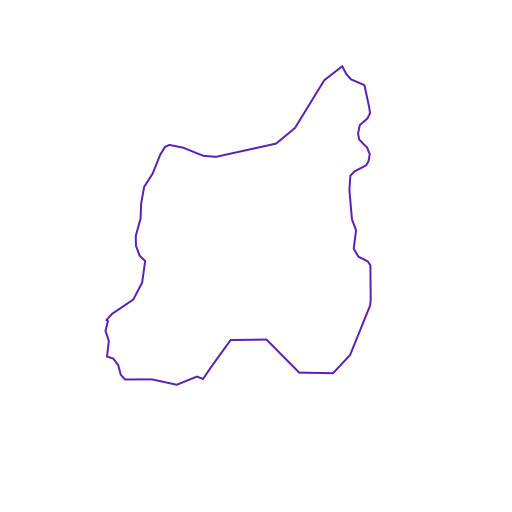 Bandundu, Bandundu, Democratic Republic of the Congo (Natural Earth projection), rotated 60°
{"feature_id": "63176286B76945459106625", "entity_name": "Bandundu", "entity_type": "district", "adm_level": 2, "iso_a3": "COD", "parent_name": "Democratic Republic of the Congo", "parent_adm1": "Bandundu", "projection": "natural_earth1", "projection_center": [17.431, -3.316], "detail": "fine", "context": "isolated", "style": "outline", "palette": "violet", "viewbox_px": 512, "rotation_deg": 60, "n_neighbors": 0, "source": "geoboundaries", "source_scale": "gbopen_adm2", "svg_char_len": 1354}
<svg xmlns="http://www.w3.org/2000/svg" viewBox="0 0 512 512"><g transform="rotate(60 256 256)"><path d="M388.8,224.0L356.0,182.0L351.5,178.7L321.3,161.6L316.5,161.9L312.8,164.3L307.9,167.6L304.1,167.7L298.5,167.7L283.8,156.5L273.6,154.8L272.1,154.5L269.5,153.3L245.5,142.1L235.7,135.5L233.7,134.2L232.0,128.8L232.5,115.2L230.2,111.2L224.7,106.6L217.5,105.6L213.9,106.6L206.7,108.4L201.0,106.4L198.7,104.4L194.6,100.8L192.6,90.8L189.4,85.9L189.1,85.7L183.7,83.6L167.3,78.3L162.2,76.7L159.4,78.8L150.5,85.4L148.4,85.9L143.7,86.8L134.8,86.5L137.9,109.0L141.5,115.6L153.0,136.8L164.6,158.2L168.7,182.4L150.1,241.1L149.0,242.7L147.4,245.0L143.0,251.4L138.0,255.4L125.9,264.8L116.5,275.5L116.0,280.2L117.4,282.7L120.3,288.2L133.0,304.4L136.0,310.2L140.2,318.3L153.1,329.2L158.0,332.3L165.7,337.1L178.4,350.0L180.7,351.3L184.1,353.2L187.3,354.9L191.6,355.6L197.6,356.6L203.5,354.9L205.0,354.5L206.4,355.6L222.2,368.0L226.8,375.3L232.3,383.9L233.5,400.1L234.1,409.5L236.7,417.5L238.5,416.8L240.9,419.2L245.6,423.8L251.1,424.9L256.2,426.0L261.6,430.1L268.6,435.3L273.4,430.9L281.7,429.9L284.9,430.8L291.2,432.5L294.0,431.9L297.5,431.1L310.8,407.8L327.9,389.0L329.2,379.5L329.3,378.7L330.9,367.4L335.0,364.1L336.0,363.4L329.0,348.8L316.1,320.0L333.6,288.7L378.6,276.9L396.0,247.9L392.3,235.7L388.8,224.0Z" fill="none" stroke="#5b21b6" stroke-width="2"/></g></svg>